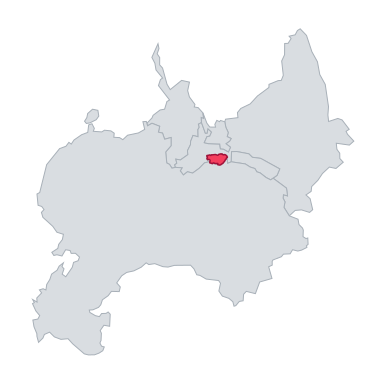 Bhutan highlighted, orthographic projection, rotated 178°
{"feature_id": "BTN", "entity_name": "Bhutan", "entity_type": "country or territory", "adm_level": 0, "iso_a3": "BTN", "parent_name": "Asia", "parent_adm1": "", "projection": "orthographic", "projection_center": [90.584, 27.506], "detail": "fine", "context": "with_neighbors", "style": "filled", "palette": "rose", "viewbox_px": 384, "rotation_deg": 178, "n_neighbors": 5, "source": "natural_earth", "source_scale": "50m", "svg_char_len": 6796}
<svg xmlns="http://www.w3.org/2000/svg" viewBox="0 0 384 384"><g transform="rotate(178 192 192)"><path d="M228.2,270.0L221.0,275.1L216.5,275.7L213.9,283.3L211.2,284.7L221.8,299.5L219.6,305.5L217.4,306.9L223.7,315.2L224.6,322.0L227.4,327.9L220.8,341.4L220.0,336.5L222.0,331.3L219.6,327.5L219.9,320.2L217.1,316.9L213.2,300.5L210.2,295.1L198.5,303.9L190.7,301.9L192.8,293.5L191.3,287.1L186.0,279.4L186.8,276.9L182.9,276.1L178.3,270.6L177.8,265.1L180.1,266.1L180.1,261.1L183.2,259.5L182.5,256.5L183.9,254.2L184.0,247.0L189.0,248.5L191.6,242.7L191.9,239.3L195.1,233.4L194.8,229.5L202.5,224.4L207.0,225.4L206.2,221.2L208.3,219.8L207.7,217.2L211.2,216.5L213.5,220.4L216.2,221.9L216.9,232.9L211.3,239.0L211.0,247.2L217.5,245.7L219.4,251.9L223.5,253.0L222.0,258.8L229.6,262.1L234.1,259.7L234.5,262.5L229.4,267.4L228.2,270.0Z" fill="#d9dde1" stroke="#a8b0b8" stroke-width="1"/><path d="M207.7,217.2L208.3,219.8L206.2,221.2L207.0,225.4L202.5,224.4L194.8,229.5L195.1,233.4L191.9,239.3L191.6,242.7L189.0,248.5L184.0,247.0L183.9,254.2L182.5,256.5L183.2,259.5L180.1,261.1L176.6,250.3L174.9,250.3L173.9,254.7L170.4,251.2L172.3,247.2L175.1,246.8L178.0,240.9L174.3,239.8L162.6,239.0L162.1,234.2L159.1,233.8L154.2,230.8L152.0,235.4L156.4,239.1L152.5,241.7L151.0,244.1L154.9,246.1L153.7,250.2L155.9,255.4L156.8,261.1L155.9,263.6L143.5,264.7L143.8,269.8L140.3,273.8L130.8,278.0L123.2,285.7L111.5,293.8L111.3,296.9L102.0,300.3L98.9,300.4L96.7,305.4L97.8,319.8L94.7,325.9L94.2,337.2L90.8,337.2L87.6,341.9L89.5,344.3L83.4,345.5L81.0,349.7L78.2,351.3L72.1,344.5L67.3,328.0L62.1,317.8L60.2,304.9L55.1,294.9L52.6,272.5L53.5,264.2L53.0,257.7L43.7,260.4L39.5,258.8L32.7,249.2L35.9,247.3L34.6,244.3L28.5,237.2L33.1,233.4L46.1,235.7L45.7,229.6L43.0,225.6L43.1,220.3L39.8,216.5L47.3,210.5L53.9,212.1L61.0,205.9L65.7,199.4L72.2,193.3L72.9,188.5L78.2,185.1L74.2,181.2L72.0,170.1L75.2,167.5L83.2,170.3L89.5,170.0L95.6,164.8L100.6,173.4L99.4,178.9L101.2,182.7L100.7,186.1L96.7,184.8L97.4,192.5L110.4,202.9L106.4,205.7L103.5,212.0L122.2,223.2L130.5,224.6L133.9,228.2L146.0,230.9L151.1,230.9L151.7,220.8L155.4,219.4L156.0,226.3L161.6,229.0L165.4,227.9L175.7,228.1L176.1,223.9L173.5,221.7L178.5,220.7L183.9,215.5L190.7,210.9L195.8,212.4L200.0,209.3L203.0,213.5L201.1,216.5L207.7,217.2Z" fill="#d9dde1" stroke="#a8b0b8" stroke-width="1"/><path d="M180.1,261.1L180.1,266.1L177.8,265.1L178.3,270.6L174.7,260.2L172.0,256.3L166.2,256.0L166.8,258.8L164.7,262.7L162.0,261.3L161.1,262.5L156.8,261.1L155.9,255.4L153.7,250.2L154.9,246.1L151.0,244.1L152.5,241.7L156.4,239.1L152.0,235.4L154.2,230.8L159.1,233.8L162.1,234.2L162.6,239.0L174.3,239.8L178.0,240.9L175.1,246.8L172.3,247.2L170.4,251.2L173.9,254.7L174.9,250.3L176.6,250.3L180.1,261.1Z" fill="#d9dde1" stroke="#a8b0b8" stroke-width="1"/><path d="M151.7,220.8L151.1,230.9L146.0,230.9L133.9,228.2L130.5,224.6L122.2,223.2L103.5,212.0L106.4,205.7L113.0,201.4L117.5,203.9L123.2,208.7L126.5,209.9L128.4,213.3L133.0,214.9L137.8,218.2L151.7,220.8Z" fill="#d9dde1" stroke="#a8b0b8" stroke-width="1"/><path d="M288.5,278.2L283.2,276.9L282.5,271.1L285.2,267.6L291.7,264.6L295.2,264.2L296.9,266.5L294.5,270.0L293.5,274.1L288.5,278.2ZM114.3,119.9L114.4,116.1L118.0,114.6L115.1,102.8L127.5,99.7L132.2,88.2L141.2,90.8L144.0,88.0L144.7,81.5L148.5,81.0L152.2,76.9L154.0,76.4L155.0,80.9L158.8,84.4L165.3,86.9L168.6,92.1L166.7,99.8L168.5,102.6L180.9,104.5L187.0,108.4L190.1,109.1L192.7,115.1L196.0,118.9L212.1,119.3L218.6,117.8L223.7,118.4L231.7,121.7L237.7,121.0L240.3,122.8L245.4,118.6L252.9,115.2L260.1,113.9L265.2,110.7L270.4,103.8L267.0,99.6L268.2,95.0L276.0,95.5L279.4,91.3L285.3,87.4L287.1,82.5L289.4,80.0L295.2,77.7L298.8,77.6L298.3,75.2L292.9,71.8L288.9,70.7L286.6,73.7L282.1,73.7L280.0,75.0L278.0,72.7L279.0,60.7L284.7,61.9L288.6,56.7L287.5,54.0L288.1,46.8L289.3,44.3L287.8,41.1L285.1,40.2L286.7,36.5L290.6,34.2L295.1,32.7L301.2,32.8L305.3,34.0L316.5,44.4L321.0,49.7L328.1,49.3L334.6,52.0L339.2,56.9L344.5,54.8L346.1,51.2L350.6,47.1L352.0,53.1L352.0,55.8L354.6,62.8L355.5,69.6L350.5,70.4L348.5,73.8L352.2,78.6L355.3,86.0L353.4,87.0L355.0,90.1L350.7,87.4L350.8,91.5L345.8,96.4L347.9,99.5L344.2,100.5L341.4,99.2L340.4,104.7L337.1,109.6L335.2,114.8L329.6,118.5L327.4,122.5L323.0,125.7L324.5,122.0L322.6,119.7L324.6,114.4L321.1,111.7L314.3,120.9L312.8,125.8L308.2,127.3L306.7,130.9L310.6,134.8L314.9,134.9L315.9,137.8L320.3,138.7L324.2,132.6L329.2,134.0L332.3,133.4L334.2,136.6L328.1,140.3L327.0,144.4L323.2,149.0L322.0,154.2L328.4,156.5L332.3,162.5L341.9,171.9L343.2,176.9L340.5,179.6L342.7,182.8L346.3,184.1L347.0,195.4L344.2,196.8L336.3,224.4L322.8,240.0L316.4,242.1L313.3,245.9L311.0,244.1L308.1,248.1L300.3,253.1L294.1,255.2L292.9,262.7L289.6,263.7L287.4,259.0L288.5,256.1L280.1,255.2L277.3,256.8L270.9,255.9L267.7,253.5L268.2,249.4L262.5,248.9L259.3,246.7L254.4,251.0L243.5,252.9L237.1,256.2L238.6,264.0L235.2,264.1L234.1,259.7L229.6,262.1L222.0,258.8L223.5,253.0L219.4,251.9L217.5,245.7L211.0,247.2L211.3,239.0L216.9,232.9L216.2,221.9L213.5,220.4L211.2,216.5L207.7,217.2L201.1,216.5L203.0,213.5L200.0,209.3L195.8,212.4L190.7,210.9L183.9,215.5L178.5,220.7L173.5,221.7L170.9,219.8L163.3,218.1L160.0,219.8L155.9,224.9L155.4,219.4L151.7,220.8L137.8,218.2L133.0,214.9L128.4,213.3L126.5,209.9L123.2,208.7L117.5,203.9L113.0,201.4L110.4,202.9L97.4,192.5L96.7,184.8L100.7,186.1L101.2,182.7L99.4,178.9L100.6,173.4L95.6,164.8L87.0,161.1L86.2,155.7L82.8,152.1L82.1,150.0L82.6,143.5L79.7,141.5L77.9,142.0L77.8,135.6L79.5,134.3L79.1,132.6L84.5,130.1L88.3,129.3L93.5,130.8L96.1,126.8L102.8,126.7L104.9,124.2L113.4,121.3L114.3,119.9Z" fill="#d9dde1" stroke="#a8b0b8" stroke-width="1"/><path d="M173.1,221.8L172.9,222.3L172.8,222.8L172.9,223.2L173.3,223.6L173.8,223.9L174.5,224.0L175.1,223.8L175.4,223.9L175.7,224.5L175.9,225.0L175.6,225.5L175.5,226.0L175.4,226.3L175.6,226.7L175.9,227.2L175.9,227.6L175.8,227.9L175.5,228.0L175.1,228.0L174.8,228.0L174.5,228.0L174.0,228.2L173.4,228.4L172.5,228.3L172.1,227.9L171.9,227.9L171.1,228.5L170.1,228.4L168.4,228.6L167.7,228.6L167.0,228.6L166.6,228.4L165.9,228.1L165.3,227.8L164.6,228.0L164.4,228.1L163.9,228.7L162.8,228.9L161.7,229.1L161.3,229.0L160.7,229.0L160.7,228.8L160.7,228.7L160.3,228.4L159.9,228.4L159.3,228.2L159.0,228.0L157.9,228.3L157.2,227.9L156.5,227.4L156.1,227.2L156.0,226.5L155.8,226.3L155.6,226.0L155.4,225.7L155.5,225.4L156.3,224.9L156.7,223.8L157.2,223.4L157.7,222.9L158.0,222.1L158.7,221.2L159.5,220.4L160.0,219.7L160.4,219.4L161.1,219.0L161.7,218.8L162.1,218.3L162.6,218.1L163.1,218.0L163.8,218.0L164.5,218.2L165.3,218.4L165.4,218.6L165.3,219.0L165.2,219.3L165.2,219.5L165.3,219.6L166.1,219.6L167.0,219.6L167.5,219.6L168.7,219.9L169.0,220.2L169.4,220.3L169.8,220.3L170.2,219.9L170.7,219.6L170.9,219.6L171.1,219.7L171.5,220.0L172.3,220.2L173.0,220.4L173.2,220.6L173.1,221.5L173.1,221.8Z" fill="#f43f5e" stroke="#9f1239" stroke-width="1.5"/></g></svg>